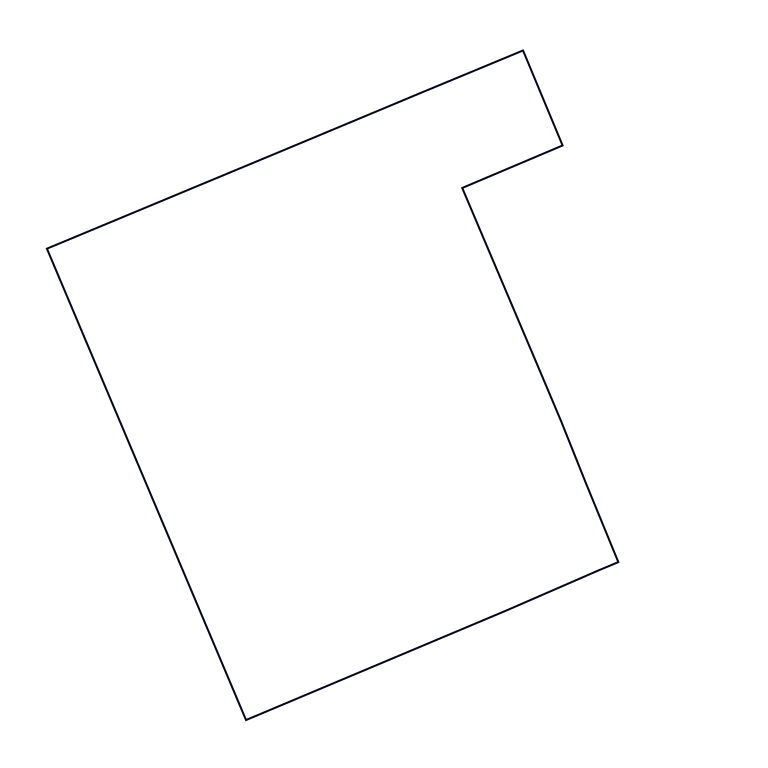 Waupaca, Wisconsin, United States of America, rotated 337°
{"feature_id": "52423323B88732486793756", "entity_name": "Waupaca", "entity_type": "district", "adm_level": 2, "iso_a3": "USA", "parent_name": "United States of America", "parent_adm1": "Wisconsin", "projection": "mercator", "projection_center": [-88.85, 44.462], "detail": "fine", "context": "isolated", "style": "outline", "palette": "ink", "viewbox_px": 768, "rotation_deg": 337, "n_neighbors": 0, "source": "geoboundaries", "source_scale": "gbopen_adm2", "svg_char_len": 346}
<svg xmlns="http://www.w3.org/2000/svg" viewBox="0 0 768 768"><g transform="rotate(337 384 384)"><path d="M126.6,127.7L125.7,639.4L407.6,640.3L508.1,639.4L530.1,639.5L531.1,554.8L532.5,487.7L532.6,438.0L532.6,234.1L641.6,234.2L642.3,131.3L532.9,130.4L408.6,129.7L392.2,129.6L126.6,127.7Z" fill="none" stroke="#020617" stroke-width="2"/></g></svg>